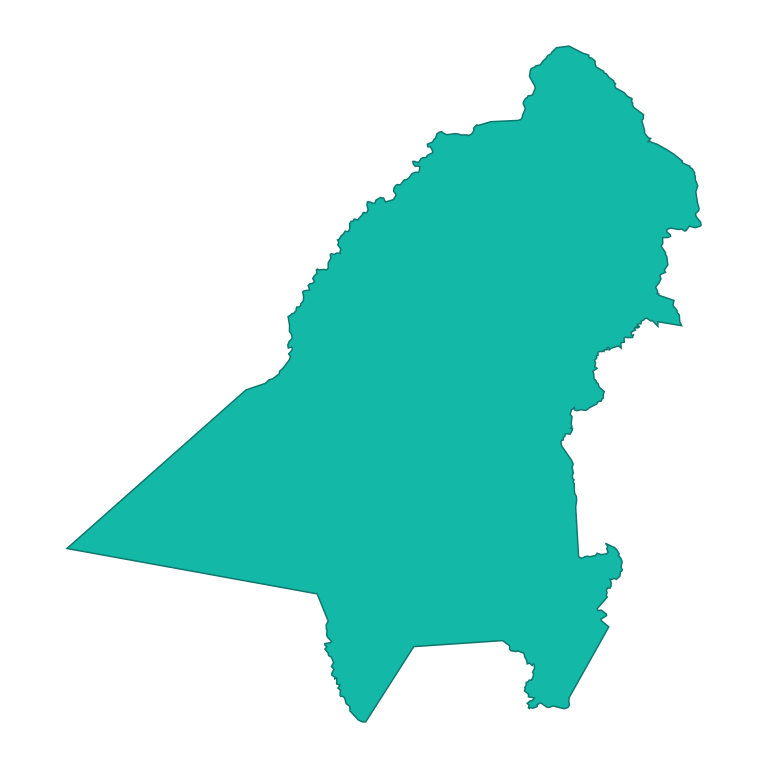 Las Tablas, Los Santos, Panama
{"feature_id": "35544464B24860146435947", "entity_name": "Las Tablas", "entity_type": "district", "adm_level": 2, "iso_a3": "PAN", "parent_name": "Panama", "parent_adm1": "Los Santos", "projection": "albers", "projection_center": [-80.265, 7.651], "detail": "fine", "context": "isolated", "style": "filled", "palette": "teal", "viewbox_px": 768, "rotation_deg": 0, "n_neighbors": 0, "source": "geoboundaries", "source_scale": "gbopen_adm2", "svg_char_len": 6091}
<svg xmlns="http://www.w3.org/2000/svg" viewBox="0 0 768 768"><path d="M287.8,345.0L288.3,348.0L291.4,347.1L292.3,347.7L292.0,350.1L288.6,353.9L290.5,356.7L289.1,360.2L282.9,368.3L279.5,371.4L279.3,373.8L272.6,378.8L268.8,380.0L265.5,383.3L246.0,389.9L66.9,548.5L317.2,593.9L328.2,621.0L326.2,625.0L326.4,629.2L327.1,630.5L326.6,635.0L327.9,637.6L331.6,641.5L330.9,642.5L324.8,643.6L324.8,644.9L326.9,646.8L324.9,649.1L328.0,652.8L328.6,655.5L331.4,657.3L333.6,662.3L331.4,666.7L334.0,669.2L331.8,673.3L331.9,675.2L334.7,677.0L334.7,678.9L336.3,677.9L336.8,678.3L336.6,683.9L340.0,685.2L337.9,688.1L340.3,689.9L340.1,695.4L340.8,696.4L343.1,696.4L344.7,698.1L346.1,703.6L349.7,706.2L350.0,711.0L358.5,720.1L362.6,721.9L365.7,721.9L413.8,646.6L502.6,640.6L509.1,645.4L509.7,646.6L509.5,648.9L510.9,650.7L515.6,651.5L518.2,651.0L523.9,653.3L524.8,657.1L526.7,660.4L527.2,663.9L529.5,663.1L532.1,665.5L532.9,663.9L534.0,664.2L534.5,668.3L532.6,672.3L533.6,674.0L533.1,676.7L531.3,680.3L529.4,680.0L527.6,682.2L526.2,682.4L526.1,685.7L524.7,687.5L525.1,688.9L524.5,691.0L528.5,694.1L528.4,696.9L534.3,697.8L532.1,700.7L530.2,700.8L527.2,703.4L529.1,705.2L528.4,707.8L529.3,708.5L530.2,707.6L532.8,708.2L536.8,706.8L537.4,706.0L537.2,704.6L540.7,702.8L546.9,707.2L549.0,707.4L553.0,706.0L564.1,708.7L567.8,707.6L569.5,704.9L568.8,701.2L569.2,697.5L608.8,626.9L600.7,620.1L601.1,619.1L606.6,615.6L606.4,614.1L601.3,610.1L597.9,610.6L597.2,608.6L607.3,597.1L606.2,595.5L607.1,592.6L606.4,590.5L607.5,587.9L610.0,588.2L611.0,586.4L611.2,582.6L609.8,579.1L611.8,579.5L614.1,578.4L616.4,579.4L620.0,576.1L620.4,571.6L621.6,571.2L622.4,570.0L621.0,566.9L622.2,561.8L620.9,558.4L618.3,555.2L619.2,553.9L616.6,549.6L614.6,547.6L605.4,543.3L607.8,546.4L606.8,548.8L608.0,552.3L606.8,553.8L601.0,554.6L597.1,553.2L595.6,555.5L589.6,556.8L588.0,556.2L585.4,556.5L581.8,558.4L578.6,556.8L575.7,507.2L576.6,500.5L576.4,496.4L574.9,494.0L574.4,491.1L574.2,483.6L573.2,481.9L574.0,479.7L572.4,478.3L572.4,475.4L573.3,473.0L572.1,467.2L573.2,464.1L571.4,460.0L561.6,445.8L560.9,441.6L561.6,440.4L563.2,440.0L563.3,437.8L564.9,436.2L565.1,434.2L566.3,433.7L570.1,434.2L572.4,429.9L572.5,428.5L570.7,428.1L572.0,426.9L571.1,424.2L572.0,416.6L570.2,414.3L571.6,409.6L574.3,407.6L574.3,409.8L577.2,410.7L580.8,409.7L586.1,410.4L589.5,407.7L596.6,404.0L598.2,401.6L601.2,401.1L601.9,399.2L603.4,397.9L603.2,394.8L604.3,391.6L599.2,387.1L598.0,383.5L596.4,382.5L596.1,380.9L594.0,378.7L593.8,373.9L592.7,371.4L597.0,368.3L594.7,366.6L595.6,362.9L594.5,360.4L596.8,358.0L596.5,355.6L598.1,355.2L597.8,352.3L600.0,351.4L602.0,351.7L602.9,350.9L604.0,351.4L604.4,349.7L607.5,349.6L606.8,348.2L608.1,347.2L608.8,347.7L609.3,349.8L611.4,348.2L618.6,345.9L621.2,348.1L620.8,343.6L621.7,342.6L624.3,342.2L624.0,338.2L625.7,337.0L626.9,337.6L632.5,337.5L633.4,334.8L631.8,335.1L630.8,333.0L632.6,331.3L635.4,330.1L634.4,328.6L635.0,327.8L636.7,327.9L636.3,326.6L637.2,326.5L638.2,327.6L639.1,327.2L639.3,326.3L637.6,325.4L637.3,324.4L639.4,323.6L640.9,323.9L641.4,321.0L643.8,320.0L644.5,318.7L646.9,318.2L650.7,320.9L652.5,320.6L657.9,326.4L657.8,321.7L681.6,325.7L679.7,321.4L679.3,314.9L677.4,312.8L676.9,310.4L672.9,305.3L674.0,300.5L659.2,295.4L658.7,293.7L657.1,293.8L657.7,291.9L655.7,287.0L658.8,283.2L661.0,278.9L659.9,275.7L661.1,274.1L665.5,272.4L664.4,269.9L667.8,265.0L666.9,257.0L665.4,254.0L665.5,252.6L661.1,246.0L662.8,243.5L662.6,237.6L667.5,237.6L670.6,236.4L670.3,234.6L666.7,231.9L667.1,229.3L670.5,228.1L678.9,229.5L681.6,229.0L684.9,231.1L686.2,230.4L689.4,226.1L695.1,227.7L699.9,226.3L701.1,225.2L700.6,222.0L697.1,218.0L695.6,215.1L695.9,213.1L698.6,210.9L699.1,208.5L697.6,203.5L695.8,191.9L697.7,185.6L695.4,180.1L695.2,175.8L694.3,174.5L694.7,173.1L692.3,168.8L690.1,167.6L689.9,166.3L683.2,163.3L681.8,161.7L682.3,161.0L674.0,154.3L667.3,150.0L657.3,144.3L651.4,142.3L649.6,140.9L647.5,142.4L650.6,138.4L648.6,138.0L644.6,133.3L644.5,130.1L641.9,120.9L642.1,119.8L643.3,118.8L643.5,114.6L633.7,107.4L632.6,105.3L632.6,103.0L631.3,100.9L632.1,99.5L631.9,98.5L627.4,96.4L624.0,92.5L615.9,88.1L614.5,85.7L615.6,83.7L613.7,82.0L613.8,80.9L608.7,77.1L606.3,73.7L603.9,72.9L603.7,71.3L596.2,67.0L595.0,63.7L595.2,61.3L592.1,58.4L589.0,57.4L588.7,55.0L583.1,53.3L569.0,46.1L556.5,47.7L551.6,52.5L551.2,53.8L547.6,55.7L546.4,58.0L543.1,60.9L540.3,64.9L535.6,65.9L534.7,67.1L531.4,68.5L530.3,70.5L529.5,76.5L534.9,86.2L535.2,88.2L532.8,94.3L531.7,95.4L528.0,95.9L527.4,97.4L525.5,98.5L523.4,102.1L523.2,103.8L525.4,108.6L522.5,115.4L522.2,117.8L521.0,119.4L518.3,120.4L490.8,121.7L478.3,125.4L476.7,124.9L473.6,128.2L473.9,130.5L471.7,134.0L468.2,135.6L467.1,134.9L460.7,135.0L458.6,134.0L454.9,133.7L446.7,134.7L442.2,132.5L441.8,131.6L439.0,132.3L436.9,133.9L435.5,138.3L433.9,139.4L432.7,141.9L427.4,144.2L427.7,146.6L430.6,147.1L432.7,151.3L432.6,152.8L427.5,155.2L426.0,157.6L423.3,157.5L420.9,158.8L418.5,162.6L414.1,161.3L412.8,161.5L413.2,163.8L415.3,166.4L418.4,166.0L419.8,166.6L419.2,171.7L418.3,172.4L415.8,172.2L412.2,173.5L409.2,177.5L407.0,179.4L404.2,180.0L400.3,184.8L397.2,184.6L396.0,185.2L394.0,188.0L393.6,191.2L395.7,194.0L395.9,195.4L393.4,199.6L385.5,202.0L383.6,198.1L380.5,197.5L375.9,200.2L375.0,203.2L373.0,203.3L369.0,201.6L367.4,202.0L367.0,205.0L368.1,209.7L367.1,212.2L365.8,213.0L363.3,212.4L362.3,214.7L357.6,219.9L354.2,219.0L353.1,221.2L351.2,221.3L349.8,223.4L349.7,228.2L348.9,230.9L347.8,231.6L345.1,231.2L343.6,233.8L341.0,235.9L339.3,239.1L337.5,240.0L338.8,242.2L337.8,244.8L340.8,249.0L340.0,251.9L340.3,253.3L336.8,253.0L334.4,254.4L331.4,253.8L330.3,254.3L330.8,258.4L328.2,262.8L328.2,268.2L326.7,269.9L323.9,269.4L319.0,269.9L317.5,269.1L316.4,269.8L317.0,273.3L314.0,276.2L312.7,278.6L314.2,280.9L314.2,282.0L312.6,283.4L310.0,283.7L308.2,285.4L309.7,290.0L304.2,290.8L302.8,291.7L303.6,297.1L303.3,301.1L301.0,303.4L300.4,306.0L299.4,306.8L296.6,307.1L296.1,310.5L294.1,313.1L291.5,313.9L290.3,315.4L288.1,316.5L289.6,325.7L289.4,331.4L291.3,334.0L292.2,337.4L291.8,339.0L289.3,341.2L287.8,345.0Z" fill="#14b8a6" stroke="#0f766e" stroke-width="1.5"/></svg>